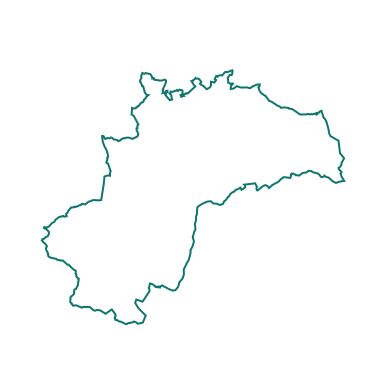 outline of Corund, Harghita, Romania, rotated 173°
{"feature_id": "2599482B38498090417182", "entity_name": "Corund", "entity_type": "district", "adm_level": 2, "iso_a3": "ROU", "parent_name": "Romania", "parent_adm1": "Harghita", "projection": "mercator", "projection_center": [25.218, 46.501], "detail": "fine", "context": "isolated", "style": "outline", "palette": "teal", "viewbox_px": 384, "rotation_deg": 173, "n_neighbors": 0, "source": "geoboundaries", "source_scale": "gbopen_adm2", "svg_char_len": 6030}
<svg xmlns="http://www.w3.org/2000/svg" viewBox="0 0 384 384"><g transform="rotate(173 192 192)"><path d="M343.0,175.1L343.2,174.1L342.9,173.8L341.4,173.2L339.1,170.3L339.0,168.2L340.5,165.7L342.6,165.1L344.3,163.7L346.2,163.5L347.0,162.1L346.3,161.7L345.7,160.1L344.6,159.4L342.8,156.6L342.7,155.5L343.5,154.7L344.0,153.1L342.4,148.8L342.7,147.6L342.3,147.3L342.4,145.7L340.3,144.0L334.9,142.2L334.5,141.5L332.1,140.3L331.6,140.5L330.7,140.0L328.5,139.7L324.9,135.5L324.3,135.0L323.3,134.9L319.7,130.2L318.0,128.6L317.1,128.3L317.0,127.4L317.4,125.6L317.1,125.0L317.3,124.3L316.8,123.8L317.1,122.7L316.7,121.5L314.9,119.6L315.5,118.8L315.3,118.0L315.9,116.5L316.5,113.5L317.9,111.7L318.8,110.0L320.5,109.6L320.9,108.8L321.3,107.2L321.1,106.2L321.7,105.1L323.3,103.8L324.4,103.3L325.6,102.0L325.5,101.3L326.2,98.2L326.1,97.3L325.7,96.6L325.1,96.4L325.1,95.4L324.4,95.0L324.2,93.9L323.9,93.6L320.9,93.7L315.4,90.6L314.3,91.1L309.0,90.6L307.1,90.0L304.2,86.6L302.5,86.0L300.7,86.5L297.6,85.7L292.6,81.7L285.9,85.2L282.9,79.8L283.1,79.4L282.9,78.4L284.1,76.5L283.5,75.7L283.8,75.3L283.5,74.3L281.0,73.5L280.7,72.8L279.1,72.0L278.6,72.1L274.3,69.2L272.9,68.9L271.1,69.8L269.6,69.4L268.5,69.9L266.5,69.8L265.4,70.5L263.8,69.8L261.8,67.8L256.7,68.4L253.0,75.0L259.4,83.3L261.9,88.8L261.6,89.5L260.4,92.0L254.4,89.2L246.3,98.7L246.1,100.7L246.6,101.6L246.6,102.2L245.8,103.3L245.3,105.6L244.8,106.4L241.5,104.6L240.7,103.4L239.6,102.9L239.4,102.3L239.5,102.1L239.1,101.9L238.2,102.0L236.4,101.2L235.7,101.4L235.8,101.7L235.3,101.4L235.2,101.9L234.7,102.2L233.0,102.9L226.7,98.4L223.1,96.5L220.5,96.6L219.7,97.2L217.1,99.8L215.5,104.0L212.0,107.2L210.1,111.0L209.8,115.0L209.4,116.5L206.2,121.3L206.1,121.9L204.3,123.8L203.0,126.0L200.7,132.4L200.6,134.4L198.0,138.1L196.3,142.2L196.1,143.1L196.8,147.0L194.4,152.8L193.1,154.4L193.0,160.1L191.5,163.2L191.0,166.8L190.6,168.1L189.9,169.0L188.7,175.9L187.4,177.1L183.0,179.1L178.2,180.6L175.1,180.6L174.3,180.5L172.3,178.0L169.3,177.5L166.9,176.2L165.2,175.7L162.6,176.5L161.1,179.0L159.5,179.8L157.1,182.4L155.6,183.3L154.6,185.0L152.0,186.8L150.3,187.1L148.1,188.9L146.5,189.1L143.4,190.4L142.6,188.1L139.2,189.7L138.5,190.4L138.7,192.2L139.2,192.9L128.3,192.9L127.0,189.7L127.6,187.3L127.5,186.0L126.7,185.5L121.5,188.8L119.1,189.8L117.7,189.7L115.7,188.0L115.0,186.5L111.5,189.1L105.6,191.4L104.1,192.2L102.8,193.5L99.2,195.6L92.7,194.0L92.0,195.4L91.7,197.1L91.1,197.1L90.6,197.9L90.9,198.0L90.7,198.2L88.5,197.6L86.8,195.9L86.3,196.1L83.8,195.2L79.9,197.4L75.9,197.5L73.8,198.8L71.2,198.3L69.4,196.8L65.0,195.1L63.5,193.7L62.4,191.6L61.4,191.0L60.4,191.0L58.7,191.6L58.6,192.0L57.0,190.6L54.5,189.6L51.2,185.6L48.1,183.5L43.3,184.4L39.6,184.4L41.7,189.3L42.0,191.3L42.4,192.1L41.1,193.6L43.2,196.3L43.7,197.9L41.8,199.0L40.3,201.0L40.0,202.6L37.3,206.3L37.0,207.1L39.3,210.9L40.4,212.2L40.3,225.0L47.8,230.6L48.6,233.0L49.0,238.6L50.0,245.3L51.0,248.2L52.3,249.6L53.6,256.8L55.4,256.3L56.0,255.4L58.2,255.3L58.1,254.0L58.9,253.7L59.7,254.1L60.2,254.9L62.9,254.4L64.1,255.0L65.3,254.5L67.7,255.5L68.4,255.0L75.4,255.8L82.0,261.8L84.9,262.9L85.5,262.9L86.1,263.7L89.9,264.7L93.5,264.7L94.4,266.0L97.0,267.6L102.1,272.0L104.4,273.1L106.9,277.9L111.3,281.7L112.8,284.7L113.1,287.1L113.4,287.5L113.3,288.0L112.3,288.6L111.6,290.5L114.3,290.7L118.7,289.5L121.8,287.9L124.5,289.1L130.7,289.7L134.7,291.6L137.9,289.7L141.0,289.4L140.6,291.9L139.5,293.5L138.1,294.4L138.2,294.7L139.3,294.9L140.3,294.2L142.3,296.1L142.7,296.1L142.5,298.8L142.7,299.9L142.4,301.2L140.2,303.7L138.4,303.2L137.6,304.4L137.7,305.2L137.0,306.3L137.2,307.9L142.1,306.7L144.4,307.1L147.9,304.0L148.5,304.4L152.4,304.2L152.7,303.3L153.8,304.1L155.2,302.3L155.7,301.0L154.4,300.2L156.4,297.9L159.8,299.1L160.1,295.9L160.9,294.3L161.9,293.4L164.9,292.2L167.9,296.0L169.8,297.2L170.9,298.4L169.3,300.0L171.0,303.0L171.8,303.7L174.5,304.1L174.6,304.6L176.1,303.3L177.0,303.1L177.7,302.0L179.0,302.1L177.1,298.0L175.8,296.4L184.3,290.3L185.5,290.8L185.7,290.3L187.7,290.1L188.7,288.6L188.5,288.3L190.1,288.3L190.2,287.9L191.1,287.8L191.5,289.7L189.5,290.1L189.1,294.0L192.0,295.1L193.5,293.9L194.4,295.1L195.9,294.3L196.8,294.5L199.0,293.7L201.0,294.3L201.3,292.7L202.2,292.7L200.7,290.6L200.8,287.6L200.4,286.2L202.9,285.8L206.7,291.8L205.6,293.0L205.1,294.2L204.3,294.5L204.1,295.5L205.2,295.5L206.8,293.9L209.1,293.7L208.5,294.5L208.8,295.1L208.4,295.8L208.6,296.3L208.1,297.0L208.4,297.6L205.4,302.3L204.4,304.4L204.2,305.9L205.7,307.0L207.1,306.4L209.9,306.4L216.0,308.2L216.0,309.7L217.6,309.4L217.7,311.4L219.0,314.1L223.6,315.7L224.8,315.1L226.8,316.2L227.1,315.1L228.3,313.5L228.2,312.2L228.4,311.3L229.9,309.1L229.8,308.0L230.1,307.8L229.2,306.2L228.6,303.3L228.1,303.4L227.4,302.2L227.6,302.0L226.8,298.2L227.0,297.5L225.8,294.7L224.7,293.9L223.5,293.5L225.6,292.2L226.2,291.1L228.5,289.4L228.7,288.3L229.7,287.3L230.3,287.4L230.9,286.8L231.8,286.6L234.0,284.3L235.3,283.8L235.4,283.3L236.8,283.0L237.2,282.3L239.1,281.8L241.2,282.8L242.5,276.2L240.6,274.8L237.0,265.5L237.9,265.0L238.4,263.3L238.3,262.1L239.2,262.0L239.4,261.4L239.4,259.8L239.0,259.2L238.2,255.8L239.4,253.8L244.6,252.0L248.4,253.8L250.8,253.9L252.8,253.4L253.4,253.8L255.7,253.0L256.7,252.1L258.9,251.4L259.8,252.7L263.4,253.8L264.3,255.1L265.9,256.1L267.3,255.3L269.5,255.9L271.2,255.3L271.9,255.4L272.9,258.0L273.4,257.8L273.8,258.5L274.3,258.6L274.5,257.8L274.4,252.5L273.1,247.3L271.6,243.8L271.4,241.7L271.0,240.1L270.9,237.2L272.1,236.3L272.0,234.4L273.3,232.2L273.4,231.4L271.9,230.5L270.2,222.6L271.0,221.1L271.4,218.1L273.8,218.7L277.0,218.0L278.8,210.0L283.1,195.1L285.9,195.1L290.6,196.0L292.6,195.8L293.3,195.3L295.7,195.0L299.6,192.7L302.3,193.6L303.0,193.5L304.2,192.5L305.8,192.5L306.7,191.8L309.0,191.7L309.3,191.3L311.0,191.7L311.4,191.2L314.1,191.3L314.6,190.5L316.7,188.9L318.1,186.6L319.4,185.9L319.7,184.9L319.2,183.4L319.4,183.2L322.0,183.1L322.7,183.9L324.0,183.9L324.8,183.4L326.7,183.5L331.0,181.0L332.2,179.2L334.8,178.2L338.2,175.2L340.3,174.5L343.0,175.1Z" fill="none" stroke="#0f766e" stroke-width="2"/></g></svg>